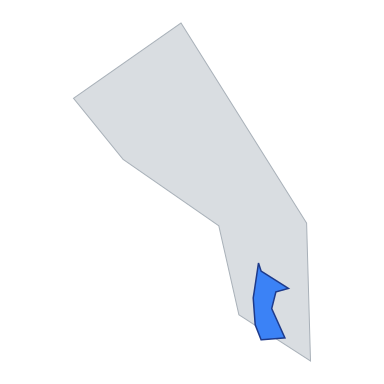 location of Anse Royale within Seychelles
{"feature_id": "SYC-5202", "entity_name": "Anse Royale", "entity_type": "state/province", "adm_level": 1, "iso_a3": "SYC", "parent_name": "Seychelles", "parent_adm1": "", "projection": "albers", "projection_center": [55.515, -4.746], "detail": "fine", "context": "in_parent", "style": "filled", "palette": "blue", "viewbox_px": 384, "rotation_deg": 0, "n_neighbors": 0, "source": "natural_earth", "source_scale": "10m", "svg_char_len": 419}
<svg xmlns="http://www.w3.org/2000/svg" viewBox="0 0 384 384"><path d="M306.6,223.1L310.5,361.0L238.9,314.8L218.8,225.8L123.1,159.4L73.5,98.3L181.0,23.0L306.6,223.1Z" fill="#d9dde1" stroke="#a8b0b8" stroke-width="1"/><path d="M288.4,288.4L275.9,291.9L271.7,308.6L284.9,337.9L261.1,339.8L255.2,324.8L253.2,297.9L254.2,291.7L258.5,263.0L261.1,271.1L288.4,288.4Z" fill="#3b82f6" stroke="#1e3a8a" stroke-width="1.5"/></svg>